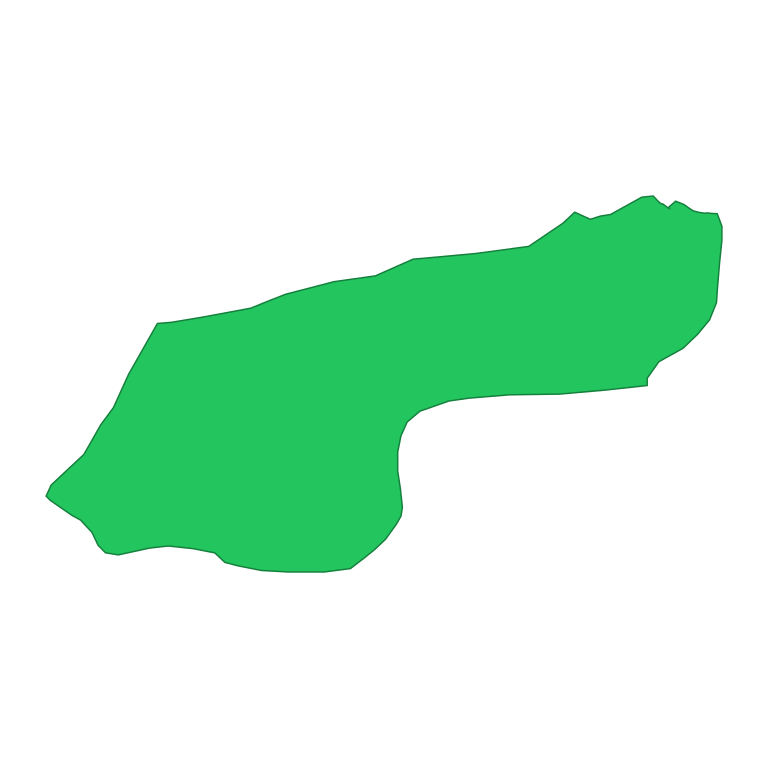 Ekiti, Kwara, Nigeria (Albers equal-area conic projection)
{"feature_id": "59680162B94527775336179", "entity_name": "Ekiti", "entity_type": "district", "adm_level": 2, "iso_a3": "NGA", "parent_name": "Nigeria", "parent_adm1": "Kwara", "projection": "albers", "projection_center": [5.38, 8.111], "detail": "fine", "context": "isolated", "style": "filled", "palette": "green", "viewbox_px": 768, "rotation_deg": 0, "n_neighbors": 0, "source": "geoboundaries", "source_scale": "gbopen_adm2", "svg_char_len": 1311}
<svg xmlns="http://www.w3.org/2000/svg" viewBox="0 0 768 768"><path d="M410.2,419.4L419.9,411.2L448.9,401.0L468.5,398.2L509.6,394.8L559.5,394.1L606.1,390.0L647.2,385.5L647.2,378.2L658.9,361.7L664.6,358.5L683.0,348.3L697.8,334.1L708.1,321.6L709.5,320.0L716.5,302.6L717.3,290.1L719.6,262.5L721.9,240.5L721.9,226.3L720.0,221.1L717.2,213.7L711.2,213.4L707.3,212.9L704.7,213.2L699.1,212.4L693.1,210.8L689.3,208.3L684.1,204.6L681.5,203.5L678.2,202.2L675.7,201.2L669.1,206.8L669.4,208.5L667.8,207.7L662.7,203.9L661.4,204.0L657.9,201.0L653.2,196.0L641.7,197.2L610.5,214.5L600.4,216.1L590.3,219.3L574.7,212.2L563.1,223.1L528.7,246.4L474.9,253.6L413.0,259.2L375.3,275.9L353.1,279.0L333.9,281.7L285.8,294.2L270.4,300.2L250.6,308.2L201.1,317.4L171.5,322.3L157.4,323.5L128.6,374.3L113.5,407.5L100.9,424.6L83.9,454.4L51.2,485.0L46.1,496.1L50.2,500.3L71.8,515.3L80.6,520.1L83.9,523.7L92.0,532.4L98.1,545.3L105.5,552.8L118.3,554.9L149.4,548.1L168.3,546.0L192.8,548.6L199.5,549.9L214.8,552.9L224.9,562.4L237.8,565.8L261.6,570.5L274.8,571.2L288.4,572.0L290.7,572.0L314.8,572.0L324.1,572.0L350.4,568.6L364.6,557.7L374.7,549.5L385.5,539.3L396.3,524.3L398.5,520.5L401.0,516.1L402.4,507.2L400.4,488.8L397.7,471.1L397.7,452.1L400.2,439.5L401.0,435.7L407.1,422.1L410.2,419.4Z" fill="#22c55e" stroke="#15803d" stroke-width="1.5"/></svg>